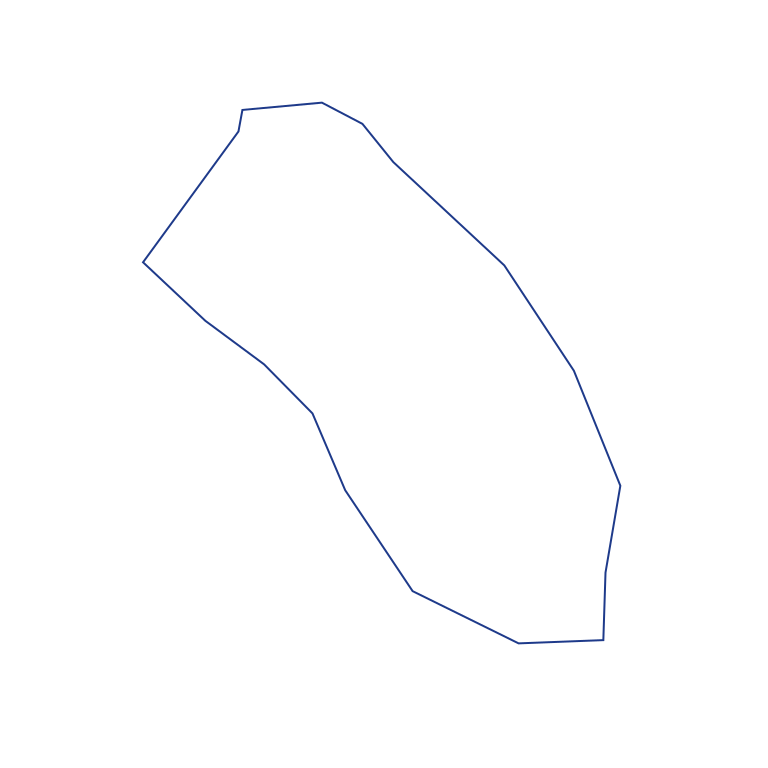 an SVG outline of Rodrigues, rotated 77°
{"feature_id": "MUS-5194", "entity_name": "Rodrigues", "entity_type": "Dependency", "adm_level": 1, "iso_a3": "MUS", "parent_name": "Mauritius", "parent_adm1": "", "projection": "robinson", "projection_center": [63.41, -19.719], "detail": "fine", "context": "isolated", "style": "outline", "palette": "blue", "viewbox_px": 768, "rotation_deg": 77, "n_neighbors": 0, "source": "natural_earth", "source_scale": "10m", "svg_char_len": 379}
<svg xmlns="http://www.w3.org/2000/svg" viewBox="0 0 768 768"><g transform="rotate(77 384 384)"><path d="M617.6,210.6L682.9,227.9L667.0,311.2L592.3,402.7L478.8,445.7L396.6,460.3L337.9,496.4L282.2,543.9L211.2,591.4L105.2,469.0L85.1,460.3L95.9,381.2L125.7,346.5L169.9,325.0L295.5,240.1L413.8,196.0L536.3,176.6L617.6,210.6Z" fill="none" stroke="#1e3a8a" stroke-width="2"/></g></svg>